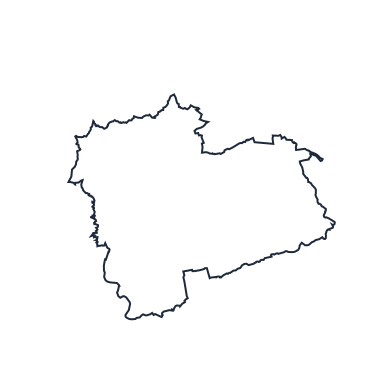 Amatitán, Jalisco, Mexico, rotated 235°
{"feature_id": "50627088B14856852442900", "entity_name": "Amatitán", "entity_type": "district", "adm_level": 2, "iso_a3": "MEX", "parent_name": "Mexico", "parent_adm1": "Jalisco", "projection": "mercator", "projection_center": [-103.707, 20.845], "detail": "fine", "context": "isolated", "style": "outline", "palette": "slate", "viewbox_px": 384, "rotation_deg": 235, "n_neighbors": 0, "source": "geoboundaries", "source_scale": "gbopen_adm2", "svg_char_len": 5991}
<svg xmlns="http://www.w3.org/2000/svg" viewBox="0 0 384 384"><g transform="rotate(235 192 192)"><path d="M82.7,282.4L83.1,282.3L82.0,286.8L82.8,287.8L84.9,288.1L84.0,288.5L83.9,290.2L85.1,291.5L85.8,291.6L91.8,289.0L94.2,287.5L94.6,286.5L96.1,286.0L97.4,286.6L99.0,289.6L99.7,289.8L100.0,290.9L101.3,291.9L105.2,290.7L105.8,290.1L108.0,290.3L109.5,289.5L109.8,288.9L111.3,289.0L112.6,289.5L113.7,290.6L116.3,290.8L118.7,291.4L120.0,292.8L122.9,294.8L124.6,295.0L129.2,294.3L130.7,294.5L133.1,293.6L133.5,293.0L136.0,294.3L137.6,294.4L138.0,293.7L143.2,293.5L144.2,294.4L148.6,296.3L153.0,296.9L155.2,297.8L154.0,301.3L151.7,306.3L152.2,306.6L153.1,309.9L155.3,310.7L155.0,311.5L152.1,313.1L150.6,314.4L143.6,315.1L143.3,316.6L144.0,317.9L146.9,316.3L147.6,316.4L150.9,315.7L153.1,314.6L157.7,311.4L158.4,311.8L160.4,310.2L162.6,309.3L166.7,301.4L168.7,302.5L170.5,304.1L170.6,304.6L171.6,305.1L172.9,304.7L173.6,303.6L174.2,303.9L174.3,303.3L175.5,303.0L177.2,303.7L180.7,299.3L182.6,299.6L184.1,299.3L184.3,296.1L185.8,296.9L188.1,297.0L188.4,295.2L191.9,290.6L190.9,290.2L190.5,289.4L188.8,288.2L184.8,286.2L196.9,271.8L201.3,273.0L202.2,267.6L202.8,267.8L203.3,266.8L203.3,265.8L202.4,264.3L203.6,263.0L203.3,261.0L204.2,260.1L204.7,258.7L205.1,251.4L205.7,247.0L207.0,246.0L207.5,242.6L206.3,241.4L206.7,237.3L207.8,236.9L210.0,232.2L210.6,232.1L211.2,230.9L212.0,230.8L212.1,230.0L213.5,228.5L215.1,227.7L216.6,226.3L218.5,222.7L222.7,226.4L226.0,227.9L225.5,229.8L231.3,231.2L232.5,232.5L233.7,231.6L234.4,230.1L236.7,230.9L238.0,228.4L240.6,229.1L241.0,232.0L239.6,236.2L239.3,238.7L239.7,241.5L240.3,242.5L240.2,245.3L243.6,242.2L247.1,240.0L247.7,241.5L250.0,244.5L253.8,243.3L254.8,243.4L255.4,242.8L256.9,242.5L256.1,245.5L257.2,245.4L260.0,242.5L263.7,240.7L262.6,238.5L262.4,235.8L263.2,235.0L265.0,234.3L265.1,232.8L266.0,232.0L267.2,231.2L268.3,231.1L268.6,230.3L269.1,230.0L271.7,231.6L272.8,230.9L274.0,231.0L278.6,232.7L282.2,233.2L282.7,229.3L280.2,225.5L280.2,224.2L278.2,223.1L277.4,221.1L276.9,218.9L277.5,216.9L275.7,215.4L276.3,214.6L276.3,213.1L276.6,212.8L276.2,211.6L276.8,210.3L275.0,208.4L275.2,204.2L273.9,204.3L273.9,204.1L275.8,202.0L279.7,201.6L279.6,200.4L281.2,198.2L281.7,195.4L281.3,193.6L283.8,190.4L287.3,187.9L285.9,186.5L286.2,185.3L285.4,183.6L286.0,182.4L286.9,181.7L286.2,178.0L287.0,177.7L287.7,176.3L288.6,175.7L288.9,174.0L289.5,173.3L290.1,173.4L290.5,172.3L292.6,171.8L293.5,170.5L295.2,170.0L295.1,167.9L295.6,167.0L296.2,164.2L295.5,161.9L294.5,161.2L294.5,160.2L293.7,159.5L294.0,156.6L294.4,156.2L296.6,155.7L297.4,154.5L298.6,153.5L299.5,153.4L299.7,152.9L300.5,153.0L300.9,151.2L301.6,151.1L302.0,151.7L302.6,151.4L303.2,151.7L304.2,151.4L306.0,152.0L306.8,151.9L302.9,147.7L302.8,145.9L301.4,145.1L300.8,144.1L300.1,142.0L299.3,141.1L299.3,140.1L298.1,137.2L299.8,135.7L299.5,134.4L300.3,132.9L302.6,130.0L304.5,129.2L304.4,128.2L300.4,127.7L298.4,126.8L297.7,124.8L297.3,124.8L296.1,126.1L295.3,126.0L293.8,124.8L291.1,125.1L290.7,124.1L291.3,121.3L287.8,119.6L286.5,118.4L284.2,117.1L283.1,114.3L281.5,113.2L279.9,110.6L279.2,106.6L273.9,102.1L271.0,96.6L270.2,97.8L267.1,100.6L265.9,100.3L265.3,100.6L266.1,101.0L266.4,101.8L264.8,104.5L264.9,107.7L264.5,109.2L261.7,105.6L259.0,104.3L258.0,104.5L255.7,103.8L252.0,104.4L251.4,105.4L250.5,105.6L249.6,106.6L249.2,106.7L248.6,105.5L247.5,106.0L246.9,107.0L245.9,106.9L245.7,107.5L244.0,107.8L242.0,107.5L240.8,107.1L240.7,106.5L240.0,106.1L241.0,105.0L240.2,104.9L240.2,104.3L238.6,104.9L237.5,104.3L237.5,103.8L237.1,103.4L237.3,102.4L237.0,101.9L235.4,102.7L234.7,102.2L234.7,101.4L231.5,100.9L229.8,98.8L228.2,98.8L228.2,98.5L229.5,97.8L229.4,97.1L229.6,96.9L228.9,96.5L228.9,95.9L229.8,94.4L226.8,96.2L226.9,97.0L226.1,96.5L224.8,97.2L223.2,96.8L223.3,95.5L223.0,95.4L222.8,94.0L221.7,93.6L221.4,94.3L218.8,96.0L218.5,95.9L217.4,94.7L217.3,93.5L217.6,93.0L215.4,92.9L215.2,90.9L213.7,91.0L213.1,90.5L215.0,87.7L214.4,87.2L214.6,86.9L213.7,84.2L212.8,87.1L212.2,87.5L212.1,86.4L211.3,85.9L211.3,86.8L210.4,86.8L209.3,88.7L208.6,88.2L208.4,87.4L207.4,86.9L207.6,85.8L207.1,86.3L206.7,86.2L206.0,85.8L205.6,84.9L205.0,85.6L204.8,85.0L201.8,83.4L201.5,84.7L200.6,85.9L200.0,87.7L199.3,88.0L198.5,89.4L199.9,91.6L195.3,90.7L194.4,90.8L192.8,91.6L191.9,91.3L190.9,90.0L190.4,89.1L190.7,89.0L186.0,82.7L186.7,82.3L185.5,80.8L182.0,77.4L177.9,74.7L176.1,74.4L172.8,71.3L169.6,70.6L167.4,71.1L164.9,73.1L160.5,78.3L157.5,78.8L156.5,78.6L156.5,77.8L153.7,74.9L152.7,73.0L149.0,71.9L146.5,72.6L146.2,75.7L145.5,76.6L144.5,77.2L143.1,77.7L137.8,77.8L135.9,77.2L131.5,72.5L129.4,67.0L128.5,66.3L127.3,66.1L124.5,67.4L122.5,69.3L120.4,72.8L120.7,74.4L119.2,77.3L119.9,79.9L119.8,81.8L117.5,83.3L116.9,84.2L115.8,87.8L115.8,90.0L113.3,90.0L113.2,91.8L107.0,95.4L107.9,97.3L108.4,97.1L109.9,97.9L110.3,100.2L108.2,105.7L106.0,108.0L107.1,108.4L105.9,109.3L107.1,110.9L108.0,113.1L107.7,114.6L105.6,117.0L105.2,116.8L106.1,120.0L105.8,123.1L107.1,123.3L107.6,125.3L107.4,127.5L110.1,128.2L123.0,134.4L127.0,136.0L128.4,138.1L131.9,139.3L128.2,147.4L126.9,147.0L125.8,148.6L123.6,153.2L122.0,157.6L122.2,158.8L121.1,160.5L111.3,157.1L111.1,158.4L109.1,162.0L108.7,162.7L108.2,162.8L108.3,164.0L107.6,165.2L106.7,166.2L106.1,165.8L105.4,166.6L105.8,169.9L105.3,173.9L104.4,174.5L104.4,176.2L103.8,177.1L103.9,180.6L102.7,182.9L102.9,185.4L102.1,188.0L103.2,190.8L103.1,193.2L102.4,194.9L101.7,195.6L99.7,196.4L97.9,201.1L98.0,202.6L97.6,203.5L98.0,204.8L97.1,206.2L96.4,206.6L96.1,207.6L96.8,209.0L96.4,210.3L95.3,211.7L96.1,213.7L93.5,219.7L93.4,220.1L95.0,220.4L95.3,221.4L94.4,223.0L93.6,223.4L93.3,225.7L92.7,226.9L91.8,227.3L89.9,232.8L89.7,235.1L88.7,236.0L87.9,236.3L85.8,238.8L84.3,241.3L83.9,243.0L83.7,245.8L84.0,246.6L84.6,247.8L86.4,249.5L87.5,252.8L83.5,254.1L82.2,255.9L81.7,257.3L82.1,261.5L81.6,263.5L81.7,265.7L80.4,269.1L80.2,272.8L78.2,273.0L77.2,274.0L77.4,275.0L79.4,276.7L80.9,277.4L83.0,280.2L83.3,281.5L82.7,282.4Z" fill="none" stroke="#1e293b" stroke-width="2"/></g></svg>